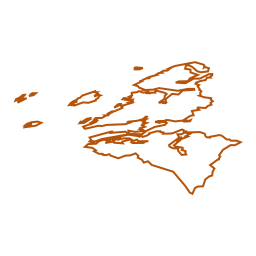 the district of Bodø nor, Nordland, Norway
{"feature_id": "86288312B60983517204025", "entity_name": "Bodø nor", "entity_type": "district", "adm_level": 2, "iso_a3": "NOR", "parent_name": "Norway", "parent_adm1": "Nordland", "projection": "robinson", "projection_center": [14.703, 67.257], "detail": "fine", "context": "isolated", "style": "outline", "palette": "amber", "viewbox_px": 256, "rotation_deg": 0, "n_neighbors": 0, "source": "geoboundaries", "source_scale": "gbopen_adm2", "svg_char_len": 5833}
<svg xmlns="http://www.w3.org/2000/svg" viewBox="0 0 256 256"><path d="M189.8,192.6L192.4,193.8L194.9,188.1L197.5,186.6L203.0,186.3L205.3,179.5L209.2,176.4L212.2,175.5L212.6,171.9L214.4,168.5L210.1,165.1L217.7,159.6L219.0,159.4L219.0,158.2L220.2,156.6L219.1,155.2L223.0,149.8L230.7,145.1L235.0,145.2L240.6,142.2L236.6,140.7L230.9,140.7L229.8,139.6L226.6,139.4L221.7,135.6L219.2,135.1L209.9,136.8L210.0,137.5L206.8,137.3L205.5,136.1L204.7,133.7L199.9,132.1L188.0,132.4L186.9,133.0L190.0,133.8L185.9,136.0L187.8,136.6L177.7,140.4L177.4,141.0L179.1,141.1L173.9,145.3L175.2,146.5L182.6,147.7L182.8,148.6L181.8,149.9L185.6,151.2L185.3,152.5L186.2,154.5L181.7,154.9L178.3,151.1L177.9,149.5L178.4,148.3L173.1,148.3L169.5,146.6L169.1,145.0L178.9,137.8L180.4,138.2L182.0,137.3L178.7,137.7L178.9,136.9L177.5,134.3L181.1,134.3L187.2,131.5L183.7,131.4L183.6,130.1L182.0,129.5L172.5,133.3L169.1,133.6L162.9,133.7L163.4,132.5L160.4,132.1L160.3,131.2L156.0,131.4L149.1,133.4L149.4,134.1L147.0,135.5L142.7,136.9L141.7,136.0L138.5,137.0L139.6,136.3L128.4,134.7L113.3,137.7L115.8,139.2L119.5,138.5L118.9,139.5L123.2,138.4L129.5,138.4L133.6,140.9L137.0,139.6L138.2,141.3L148.4,141.1L142.2,142.1L144.7,142.3L143.3,142.9L132.8,143.0L131.3,142.3L131.8,141.8L131.1,139.7L129.9,139.6L122.4,141.5L121.8,142.3L122.7,143.3L114.0,142.7L112.8,141.6L105.4,143.0L109.4,140.0L106.6,140.0L107.2,139.4L106.6,138.9L105.1,139.4L105.7,140.0L104.4,139.6L99.1,141.1L96.1,143.7L88.1,144.1L84.9,146.9L92.3,147.8L95.9,150.4L94.1,151.3L99.2,153.9L102.6,153.9L102.7,154.8L106.0,155.2L109.3,154.2L110.8,155.7L118.3,158.3L125.4,155.6L130.1,155.4L135.6,153.4L138.4,155.9L137.7,157.6L142.0,159.8L143.8,162.6L148.0,161.3L151.8,165.0L173.2,171.7L185.3,186.0L189.8,192.6ZM212.2,74.0L208.9,74.2L199.8,78.6L193.6,78.6L185.5,83.2L175.7,82.6L178.7,81.4L187.8,81.2L189.9,78.4L197.9,74.9L190.5,72.4L190.5,69.6L185.1,68.7L186.0,65.4L189.2,65.4L192.3,67.0L197.3,71.3L201.0,72.3L208.0,71.4L208.9,68.2L204.8,67.0L203.9,67.6L204.4,65.4L202.8,64.4L195.0,62.2L175.4,65.9L170.9,67.5L168.8,68.5L170.0,68.6L167.3,70.6L163.6,70.7L161.3,72.0L162.3,72.7L158.7,73.1L155.7,74.9L156.4,75.1L149.0,77.0L150.0,77.0L148.9,77.3L149.8,77.6L149.1,78.3L146.9,78.3L142.6,79.9L142.2,80.8L139.4,81.1L141.4,81.5L134.1,85.0L138.0,86.2L138.8,87.5L143.7,89.4L143.0,89.9L143.5,90.0L152.8,89.7L159.1,88.1L177.8,90.8L187.8,88.9L194.1,88.9L194.3,89.8L182.7,90.5L178.4,94.5L172.1,93.9L166.2,98.7L165.4,100.5L166.4,102.5L165.6,103.2L163.3,103.0L163.8,102.1L163.1,102.0L162.1,102.3L158.7,102.8L164.6,98.7L164.7,95.9L166.7,94.0L165.2,93.0L157.1,90.8L155.2,91.2L155.4,92.6L149.2,92.8L150.6,93.2L149.8,93.3L145.2,93.0L149.2,92.4L148.2,91.8L143.0,92.6L138.9,91.1L137.1,92.2L132.1,92.7L131.6,92.9L132.1,95.3L130.0,96.3L131.3,96.4L131.3,97.5L127.9,98.5L123.9,98.0L122.6,99.3L128.1,100.2L132.6,99.7L131.4,101.1L133.7,101.0L129.2,102.4L131.5,102.9L121.4,106.0L122.1,106.4L120.7,107.1L122.2,107.1L122.4,107.9L114.4,111.3L111.8,111.5L109.4,112.8L110.4,113.0L108.6,113.7L109.4,114.0L108.2,115.3L104.8,115.4L105.5,115.9L102.0,117.9L95.4,118.1L94.4,119.4L96.0,119.5L91.5,122.3L94.4,121.5L95.4,120.3L97.1,120.7L96.0,121.9L92.3,123.5L92.4,123.3L91.4,122.8L91.8,122.7L91.4,122.7L91.2,122.9L92.3,123.3L83.1,126.7L84.1,127.8L83.3,128.1L85.4,128.1L84.2,128.7L85.4,128.7L98.2,125.8L102.2,126.0L106.9,124.9L125.2,124.2L132.2,121.9L127.0,122.5L128.2,121.7L137.2,120.8L142.9,119.2L145.7,116.7L146.9,116.8L145.5,119.0L146.1,118.9L146.5,119.0L142.7,120.8L144.6,121.2L143.5,122.4L146.5,122.9L142.9,124.3L143.5,124.7L142.2,125.4L144.8,126.8L141.0,127.9L141.5,128.2L139.8,129.1L144.2,130.3L142.9,130.6L143.2,131.3L146.1,131.0L154.8,126.9L164.9,124.9L166.8,123.0L165.1,122.1L160.3,121.8L160.8,122.3L159.6,122.9L155.1,121.9L158.5,121.0L165.7,121.0L165.6,120.2L167.8,120.0L175.3,121.4L182.1,120.6L184.1,121.6L190.2,121.2L190.7,120.1L189.2,120.8L185.1,120.5L184.2,119.7L190.6,115.7L193.6,115.3L191.9,111.0L199.1,109.8L197.5,108.5L197.9,107.5L205.7,108.0L207.9,105.9L211.4,104.7L210.5,102.9L212.8,101.2L210.8,99.7L211.2,98.2L204.2,97.3L199.2,95.6L200.6,95.0L200.2,92.9L201.3,91.2L199.3,89.9L199.7,89.2L197.6,86.2L199.0,85.1L195.5,83.7L196.0,82.7L200.2,81.1L205.6,80.0L207.0,77.7L210.1,77.6L209.6,77.2L212.2,75.4L212.2,74.0ZM94.9,91.3L82.2,95.6L80.3,97.6L77.0,98.7L77.7,98.8L76.5,99.7L76.6,101.3L75.4,101.1L75.7,100.3L74.8,100.6L73.1,101.4L74.5,102.3L70.8,102.9L69.2,105.0L73.2,104.3L74.0,104.5L73.2,105.1L74.1,105.1L73.3,105.6L74.8,105.4L83.1,102.4L88.4,102.8L95.8,100.5L95.7,99.6L98.6,97.6L98.7,96.2L100.5,95.4L98.3,94.8L95.0,96.2L94.8,95.6L97.7,93.5L96.7,92.9L97.1,92.5L95.9,92.6L96.7,92.2L94.7,92.1L94.9,91.3ZM125.6,131.7L109.0,133.0L113.2,131.6L111.1,131.6L89.6,137.5L91.2,140.0L90.1,141.0L92.3,141.2L90.8,141.9L92.6,142.4L101.5,139.1L129.0,134.2L125.6,131.7ZM37.4,121.6L30.5,122.4L29.6,123.9L28.2,123.9L28.5,123.3L27.7,123.4L25.6,125.0L29.8,124.5L29.3,125.2L30.4,125.0L30.5,125.1L29.3,125.4L30.7,125.2L31.1,124.8L31.1,125.1L30.4,125.3L31.1,125.7L25.0,125.8L24.4,127.3L35.8,125.7L41.3,122.8L37.4,121.6ZM135.1,131.9L128.4,130.7L128.6,132.7L130.5,134.0L142.0,134.3L145.1,131.9L140.3,130.8L139.8,130.9L141.5,131.2L135.1,131.9ZM89.3,118.8L89.7,118.3L86.6,118.9L82.0,121.9L80.7,121.6L79.3,123.1L81.2,122.4L80.2,123.2L84.1,122.9L90.3,119.1L89.3,118.8ZM113.4,138.3L110.6,138.4L109.3,141.1L111.8,141.6L114.2,140.6L112.9,139.7L114.3,139.1L113.4,138.3ZM26.6,98.2L21.4,99.2L19.5,100.7L20.5,100.7L18.5,101.2L19.2,101.2L17.6,102.7L26.6,98.2ZM24.9,94.8L22.9,95.0L20.8,96.6L21.9,96.7L19.5,97.7L20.7,97.9L15.9,99.3L15.4,100.7L22.6,97.3L23.4,96.0L21.9,96.3L24.3,95.7L24.2,96.1L24.9,94.8ZM136.0,67.4L133.9,67.9L140.4,68.0L133.7,69.3L139.7,69.3L142.9,68.0L136.0,67.4ZM119.8,103.8L117.7,104.5L114.2,107.7L122.0,103.9L119.2,104.1L119.8,103.8ZM35.9,93.2L32.3,93.2L29.9,94.9L30.8,94.6L32.0,94.6L29.0,96.1L33.6,95.1L35.9,93.2Z" fill="none" stroke="#b45309" stroke-width="2"/></svg>